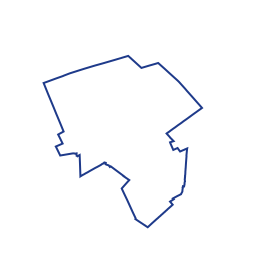 Villa Unión, Coahuila, Mexico (Albers equal-area conic projection), rotated 140°
{"feature_id": "50627088B60312682386501", "entity_name": "Villa Unión", "entity_type": "district", "adm_level": 2, "iso_a3": "MEX", "parent_name": "Mexico", "parent_adm1": "Coahuila", "projection": "albers", "projection_center": [-100.748, 28.099], "detail": "fine", "context": "isolated", "style": "outline", "palette": "blue", "viewbox_px": 256, "rotation_deg": 140, "n_neighbors": 0, "source": "geoboundaries", "source_scale": "gbopen_adm2", "svg_char_len": 2824}
<svg xmlns="http://www.w3.org/2000/svg" viewBox="0 0 256 256"><g transform="rotate(140 128 128)"><path d="M163.7,216.7L167.5,205.0L169.4,198.9L171.7,191.6L174.0,184.5L174.6,182.5L177.1,174.5L179.6,166.7L185.7,167.9L186.6,164.1L187.7,159.7L188.1,158.1L193.2,159.6L193.5,159.7L195.2,160.2L195.3,159.7L197.6,150.5L186.9,144.2L185.7,143.3L184.7,141.9L184.2,141.9L183.9,141.8L183.7,141.6L184.0,141.4L185.7,139.0L185.8,139.0L182.4,138.4L187.2,132.2L191.1,127.2L195.5,121.6L195.4,121.6L194.8,121.4L193.7,121.3L193.5,121.2L193.2,121.2L192.8,121.1L192.5,121.1L192.3,121.0L190.9,120.7L190.5,120.7L190.1,120.6L189.7,120.5L188.9,120.4L188.4,120.3L187.9,120.1L186.6,119.9L185.9,119.8L178.4,118.4L176.8,118.0L173.3,117.3L172.8,117.2L170.5,117.0L170.0,116.7L168.3,116.8L167.4,115.6L167.5,115.5L167.6,115.4L167.8,115.3L167.9,115.2L168.0,115.1L168.3,114.9L168.5,114.7L167.9,113.5L166.8,111.8L166.9,109.8L165.9,109.8L163.3,98.8L162.1,93.7L162.3,93.7L161.4,90.5L160.5,87.3L161.2,87.2L162.2,87.1L162.9,87.0L163.6,86.9L171.7,85.7L173.1,80.4L174.9,73.4L178.4,60.8L180.2,53.9L180.9,53.5L176.7,39.3L170.7,39.6L164.6,39.8L164.4,39.8L163.7,39.8L163.4,39.8L162.7,39.8L162.0,39.9L161.4,39.9L161.0,39.9L160.8,39.9L160.6,39.9L160.1,39.9L159.8,39.9L159.3,39.9L158.8,40.0L158.7,40.0L158.4,40.0L158.1,40.0L157.8,40.0L157.3,40.0L157.2,40.0L156.8,40.0L156.5,40.0L155.3,40.1L153.6,40.1L153.2,40.1L152.8,40.2L152.6,40.2L152.3,40.2L151.9,40.2L151.7,40.2L151.4,40.2L151.1,40.2L150.8,40.2L150.1,40.3L145.9,40.4L143.1,40.5L143.1,44.6L138.8,44.0L138.9,45.2L134.1,44.2L131.6,43.6L130.2,43.3L130.0,43.2L129.5,43.4L129.4,43.5L127.3,44.3L126.7,44.9L126.5,45.1L126.1,45.5L125.5,46.1L124.7,46.7L124.5,46.9L124.5,47.0L124.4,47.0L124.0,47.5L123.7,47.8L123.3,48.1L122.6,47.2L122.3,47.4L122.0,47.7L121.5,48.1L121.2,48.2L121.0,48.5L120.8,48.7L119.9,49.6L119.3,50.2L118.7,50.4L117.8,51.8L116.4,53.2L116.5,53.2L115.9,53.8L115.0,54.7L114.9,54.9L114.1,55.5L112.7,57.0L112.1,57.7L111.9,57.9L111.6,58.2L111.0,58.8L110.6,59.2L110.1,59.8L109.9,59.9L106.0,64.0L101.2,68.9L101.0,69.3L96.5,73.7L95.8,74.3L96.1,74.4L97.2,74.7L97.5,74.8L97.8,74.9L98.0,75.0L98.5,75.1L99.0,75.2L99.8,75.5L103.2,76.5L103.0,79.7L102.9,80.8L105.7,81.6L107.4,82.1L105.4,88.9L105.0,90.0L101.5,88.6L101.7,91.7L101.9,93.6L101.8,94.3L102.0,99.0L101.8,99.0L98.7,98.7L96.3,98.6L95.3,98.5L95.0,98.5L94.9,98.5L92.5,98.3L91.6,98.2L87.9,98.0L85.9,97.8L83.5,97.6L81.1,97.5L77.9,97.2L72.0,96.8L70.3,96.7L67.6,96.5L58.4,95.8L58.5,100.7L58.6,104.1L58.9,115.8L59.0,118.6L59.0,121.6L59.2,127.3L59.3,130.5L59.5,132.5L60.3,138.2L61.1,144.0L61.8,149.4L63.1,158.4L65.9,159.6L71.7,162.2L79.1,165.4L80.4,175.1L81.5,183.1L93.5,188.3L94.2,188.6L106.2,193.9L113.0,197.0L115.3,198.0L123.2,201.4L128.0,203.4L137.5,207.3L143.6,209.4L144.4,209.6L151.3,212.2L161.3,215.8L163.7,216.7Z" fill="none" stroke="#1e3a8a" stroke-width="2"/></g></svg>